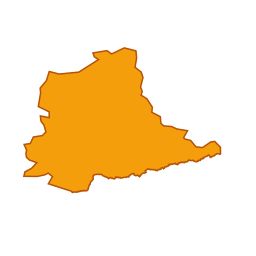 Jeti-Oguz, Ysyk-Köl, Kyrgyzstan, rotated 15°
{"feature_id": "92254566B8733465494202", "entity_name": "Jeti-Oguz", "entity_type": "district", "adm_level": 2, "iso_a3": "KGZ", "parent_name": "Kyrgyzstan", "parent_adm1": "Ysyk-Köl", "projection": "natural_earth1", "projection_center": [78.776, 41.857], "detail": "fine", "context": "isolated", "style": "filled", "palette": "amber", "viewbox_px": 256, "rotation_deg": 15, "n_neighbors": 0, "source": "geoboundaries", "source_scale": "gbopen_adm2", "svg_char_len": 5760}
<svg xmlns="http://www.w3.org/2000/svg" viewBox="0 0 256 256"><g transform="rotate(15 128 128)"><path d="M89.5,203.7L90.2,203.8L90.5,204.4L90.8,204.4L90.9,204.6L91.6,204.5L91.7,204.1L92.4,204.0L93.0,203.4L93.6,203.4L94.0,203.5L94.3,203.5L94.6,203.4L94.8,203.4L95.3,203.3L95.4,203.2L95.7,202.6L95.8,202.5L95.8,202.3L96.0,202.3L96.7,202.4L97.1,202.2L97.2,201.9L97.5,201.9L97.7,201.7L97.9,201.8L98.1,201.7L98.0,201.3L98.3,200.9L99.1,201.1L99.6,200.7L100.1,200.6L100.3,200.3L100.7,200.4L100.8,200.4L100.8,200.2L101.0,200.1L101.2,200.3L101.4,200.2L101.6,199.7L102.3,199.6L102.8,199.9L103.6,199.4L104.3,199.4L104.5,199.3L104.9,198.4L105.2,198.1L105.1,197.8L105.1,197.5L105.4,197.3L105.4,196.9L105.2,196.7L105.3,195.5L105.2,195.3L105.4,194.5L105.3,193.7L105.3,193.0L105.4,192.8L105.9,192.6L106.0,192.4L105.9,192.1L106.0,191.8L105.8,191.4L105.9,190.2L105.8,189.8L106.7,188.8L106.8,188.5L106.8,187.8L107.1,187.5L107.1,187.2L107.4,187.0L107.6,186.6L107.4,185.5L107.3,185.4L106.9,184.6L106.9,184.2L106.6,183.6L107.0,183.1L107.4,182.7L107.4,182.2L107.5,181.9L108.8,181.3L109.2,181.2L110.3,180.6L111.0,180.6L111.4,180.4L112.1,180.4L112.4,180.2L113.1,180.2L113.9,179.7L115.0,179.8L115.4,180.1L115.5,180.4L116.6,180.7L116.8,180.7L117.2,180.6L118.5,181.1L119.1,180.8L119.5,180.7L119.8,181.0L120.6,181.3L120.8,181.3L121.3,181.0L121.8,181.3L122.0,181.8L122.4,182.0L123.2,181.0L123.4,180.9L123.5,180.6L123.8,180.4L124.4,180.4L125.0,180.7L125.3,180.8L125.5,180.8L126.0,180.5L126.3,180.7L126.7,180.8L127.5,180.7L127.9,180.8L128.3,180.5L128.7,179.8L128.8,179.4L128.6,178.9L129.0,178.4L129.7,178.3L130.0,178.7L130.3,178.7L131.7,178.0L132.0,178.1L132.2,178.4L132.8,177.9L133.0,177.8L133.5,178.0L133.7,178.3L134.1,178.3L134.5,178.0L135.2,177.6L135.5,177.5L135.6,177.4L135.8,177.4L136.0,177.2L136.6,176.9L136.8,176.7L137.4,176.6L138.1,176.3L138.7,176.2L139.2,176.1L139.2,175.9L139.4,175.7L139.8,175.3L140.0,175.3L140.4,175.2L140.9,175.3L141.2,175.2L141.5,174.9L141.4,174.6L141.5,174.0L141.7,173.9L141.6,173.7L141.9,173.6L142.0,173.3L142.1,173.0L142.6,172.6L142.7,172.3L143.4,171.9L143.4,171.6L143.7,171.2L144.3,171.0L144.3,170.9L144.7,170.7L145.3,170.5L145.8,170.6L145.8,171.1L146.0,171.4L146.0,171.7L146.3,172.0L147.0,171.9L147.6,172.1L148.3,171.9L148.5,171.6L149.2,171.4L149.4,171.1L150.2,171.3L150.5,171.7L151.3,171.8L151.7,172.0L151.7,171.9L152.1,171.5L152.0,171.0L152.0,170.9L152.6,170.5L152.7,170.0L152.9,169.6L153.0,169.6L152.8,169.5L152.9,169.3L153.3,168.7L154.0,168.1L154.4,167.6L154.8,167.4L155.3,167.2L156.0,167.2L156.0,166.8L156.2,166.6L157.0,166.0L156.9,165.8L156.2,165.6L156.0,165.3L155.8,165.1L155.7,165.0L156.0,164.4L156.3,164.0L156.6,163.9L156.9,163.4L157.4,162.9L157.8,162.4L158.3,162.6L158.9,162.2L159.4,162.2L160.1,162.6L160.3,162.5L160.7,162.5L160.8,162.4L161.0,162.0L161.7,162.0L162.0,161.9L162.2,162.0L163.1,161.8L163.4,161.8L163.7,161.5L164.5,161.5L164.6,161.3L164.9,161.2L165.3,161.6L165.5,161.8L166.0,161.6L167.1,161.8L167.2,161.4L167.7,161.0L167.9,160.3L168.1,160.3L168.3,160.4L168.9,160.3L169.4,159.6L170.1,159.5L170.4,159.4L170.5,158.7L170.4,158.6L170.4,158.3L170.8,157.7L171.3,157.4L172.1,157.7L172.5,158.0L172.5,157.7L173.3,157.6L173.6,157.1L173.4,156.6L173.5,156.3L173.9,155.9L174.0,156.0L174.5,155.7L175.3,155.6L175.7,155.0L176.0,154.7L176.7,154.4L176.6,154.2L176.4,153.8L176.5,153.5L177.4,153.3L177.4,153.1L177.5,153.0L177.4,152.8L177.3,152.3L177.5,152.3L178.0,152.6L178.3,152.3L178.5,152.0L179.3,152.0L179.3,151.9L179.6,151.5L179.8,151.5L179.9,151.4L180.1,151.3L180.4,151.4L180.9,150.9L181.7,150.8L182.3,150.2L182.7,150.0L182.9,149.8L183.6,150.2L183.5,150.5L184.2,150.6L184.4,150.4L184.6,150.4L185.3,150.6L185.5,150.4L185.6,149.6L185.6,149.4L186.0,149.5L186.4,149.1L186.4,148.9L186.2,148.5L186.4,148.1L187.1,148.1L187.5,148.0L187.9,147.7L188.0,147.5L188.3,147.4L188.7,147.5L189.0,147.0L189.9,147.1L190.3,146.8L190.7,146.9L190.8,146.8L191.2,147.0L191.4,146.7L191.5,146.7L191.7,146.3L192.2,146.1L192.3,145.8L192.5,145.7L192.7,145.8L192.9,145.7L193.4,145.6L193.5,145.5L193.8,145.4L194.1,145.0L194.2,144.7L194.4,144.6L194.3,144.3L194.4,144.1L194.9,143.7L194.8,143.4L195.0,143.1L195.8,143.1L196.2,143.3L196.6,143.4L197.1,143.1L197.3,143.1L197.5,143.0L198.4,142.8L198.5,142.5L198.8,142.4L199.4,142.4L199.7,142.7L200.1,142.6L200.4,142.9L200.5,143.0L201.9,143.0L203.3,142.8L203.5,142.1L204.0,142.1L204.5,141.7L204.5,141.3L204.4,141.3L204.4,141.0L204.7,140.8L205.6,140.8L206.2,140.6L206.4,140.2L206.1,139.5L206.2,139.2L206.9,138.9L207.2,138.9L207.8,138.6L208.0,138.5L208.5,138.2L208.5,137.7L208.2,137.6L208.2,137.3L208.3,137.2L208.5,137.4L208.8,137.3L208.9,137.2L209.4,136.9L210.2,135.5L211.1,135.1L211.6,134.9L211.9,134.3L212.4,134.0L212.6,133.7L212.6,133.4L212.9,133.2L213.9,133.7L214.2,134.0L214.3,134.2L214.7,134.5L215.0,135.1L215.5,135.1L215.7,134.9L215.8,134.7L215.9,134.3L216.3,134.2L216.6,133.9L216.8,133.8L216.9,133.4L217.7,133.0L218.1,132.9L218.4,132.6L218.6,132.3L219.1,131.6L219.0,131.2L219.5,131.0L220.4,130.1L220.5,129.9L220.7,129.7L222.2,129.5L223.0,129.6L223.9,129.4L224.1,129.1L222.3,122.7L215.2,118.5L211.5,120.1L205.1,127.6L198.5,128.6L191.7,123.8L185.4,123.9L184.3,122.8L186.2,115.2L175.6,116.3L169.7,115.3L161.9,116.7L158.6,115.0L156.3,108.7L147.0,106.7L146.1,101.6L138.7,94.9L132.2,92.9L132.3,89.1L129.5,85.0L129.4,75.3L126.3,70.6L119.1,67.5L118.2,58.1L115.7,51.4L103.7,51.6L93.0,60.7L87.7,58.7L74.7,64.6L77.1,68.0L81.8,69.5L66.1,86.7L47.6,93.7L37.3,93.8L36.9,103.5L32.8,112.2L34.5,116.7L35.8,130.5L47.7,132.8L49.2,138.4L40.2,139.0L42.1,143.8L46.2,147.1L48.7,151.4L49.8,152.9L47.2,157.5L38.9,161.2L37.6,168.3L31.9,170.8L35.7,175.5L36.1,179.5L37.6,182.7L41.1,184.5L48.9,185.1L45.3,191.9L39.8,197.0L39.9,201.6L52.9,198.3L59.7,194.8L62.6,192.3L67.7,194.5L65.5,202.5L89.5,203.7Z" fill="#f59e0b" stroke="#b45309" stroke-width="1.5"/></g></svg>